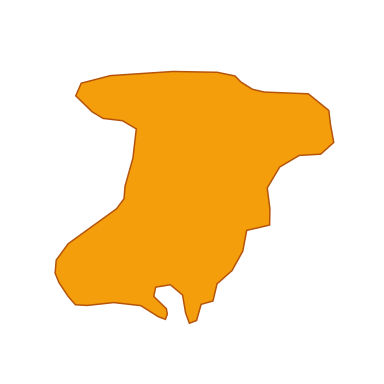 outline of Alborz, rotated 350°
{"feature_id": "IRN-5490", "entity_name": "Alborz", "entity_type": "Province", "adm_level": 1, "iso_a3": "IRN", "parent_name": "Iran", "parent_adm1": "", "projection": "albers", "projection_center": [50.738, 35.945], "detail": "fine", "context": "isolated", "style": "filled", "palette": "amber", "viewbox_px": 384, "rotation_deg": 350, "n_neighbors": 0, "source": "natural_earth", "source_scale": "10m", "svg_char_len": 802}
<svg xmlns="http://www.w3.org/2000/svg" viewBox="0 0 384 384"><g transform="rotate(350 192 192)"><path d="M166.6,320.8L164.7,309.9L164.8,291.8L154.6,279.6L139.7,279.4L136.2,288.2L146.5,302.5L146.5,308.0L143.7,312.8L137.1,308.9L121.8,295.0L95.8,287.3L69.0,285.5L57.6,282.8L51.9,273.3L45.3,258.2L43.1,248.1L46.5,235.4L61.1,221.4L114.8,195.4L123.9,186.8L127.0,174.8L139.7,148.4L148.1,120.2L135.9,109.7L117.2,104.1L107.6,95.7L94.2,77.1L101.8,65.6L131.7,63.2L194.2,70.0L237.7,78.5L254.5,85.2L259.2,92.1L269.3,101.3L280.4,106.1L323.6,115.5L340.9,135.5L340.1,149.3L340.2,167.8L325.3,177.1L304.0,174.6L282.7,182.6L266.8,201.1L265.8,222.1L262.7,238.0L239.2,239.3L231.7,259.1L217.8,276.3L200.7,286.8L193.7,303.0L181.5,304.2L174.2,319.3L166.6,320.8Z" fill="#f59e0b" stroke="#b45309" stroke-width="1.5"/></g></svg>